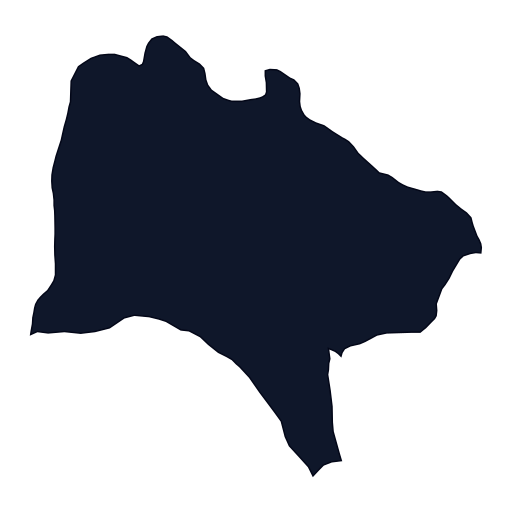 the district of Tsholingkhor, Chirang, Bhutan
{"feature_id": "84629894B5121542425285", "entity_name": "Tsholingkhor", "entity_type": "district", "adm_level": 2, "iso_a3": "BTN", "parent_name": "Bhutan", "parent_adm1": "Chirang", "projection": "mercator", "projection_center": [90.093, 27.012], "detail": "fine", "context": "isolated", "style": "filled", "palette": "ink", "viewbox_px": 512, "rotation_deg": 0, "n_neighbors": 0, "source": "geoboundaries", "source_scale": "gbopen_adm2", "svg_char_len": 2564}
<svg xmlns="http://www.w3.org/2000/svg" viewBox="0 0 512 512"><path d="M265.3,70.8L265.3,76.0L266.4,82.6L266.6,92.0L265.6,94.9L262.7,96.9L259.9,98.0L255.4,99.1L251.2,99.6L241.9,101.3L231.7,101.3L228.4,100.4L223.0,98.5L211.3,90.2L207.6,85.1L205.8,79.9L204.9,73.5L203.6,68.3L199.5,64.1L193.8,60.6L190.1,57.8L185.5,51.6L174.4,42.7L172.0,40.6L167.0,37.0L163.2,36.1L160.2,36.4L156.9,36.8L151.9,39.0L148.6,43.2L146.9,46.5L145.1,53.0L143.6,61.6L142.4,64.4L139.1,66.0L133.4,62.0L130.8,60.1L126.9,57.7L114.5,54.4L108.6,54.4L100.0,55.2L91.1,58.4L83.5,63.2L78.5,66.7L71.2,81.0L70.5,101.9L69.1,106.8L67.9,113.3L66.4,119.5L64.3,126.8L62.9,133.0L61.3,140.3L58.2,149.8L56.1,156.3L54.9,161.2L53.2,167.7L52.0,174.9L51.8,181.0L52.2,187.8L53.4,193.4L54.1,199.9L54.1,205.5L54.7,210.6L54.9,215.8L55.1,228.3L55.1,234.1L54.9,239.1L54.7,246.4L54.9,255.1L55.5,263.8L55.5,270.4L55.5,275.0L53.9,280.8L51.4,285.0L47.7,290.6L43.6,294.1L40.5,297.2L38.0,300.1L35.7,304.3L34.7,308.0L33.9,312.8L32.9,317.6L32.5,324.0L31.2,331.1L30.7,334.5L37.3,331.5L48.1,332.9L64.4,331.5L80.7,333.2L94.9,331.5L109.5,327.8L124.1,317.9L134.3,315.2L149.2,316.6L159.0,319.0L166.1,321.3L173.5,325.6L180.9,329.9L189.1,330.8L200.4,336.7L208.4,344.3L218.4,352.3L226.8,356.5L232.2,359.6L236.4,363.9L239.7,366.7L249.5,377.3L260.0,392.4L269.9,405.6L274.8,412.2L281.3,421.2L285.3,436.7L287.0,440.4L289.4,445.8L300.3,457.7L308.5,466.8L313.0,475.9L318.0,470.5L323.4,465.0L331.6,461.8L341.3,460.6L339.3,453.9L336.8,444.9L333.1,431.6L332.3,422.3L332.0,406.5L330.1,390.7L327.6,374.6L328.4,369.8L328.7,363.4L329.8,358.8L328.4,348.4L332.1,349.9L335.3,351.3L338.4,353.6L341.0,356.2L342.0,352.6L344.5,348.7L350.4,345.8L359.7,343.7L365.0,341.4L376.9,335.0L386.6,332.9L412.0,332.1L420.2,332.1L422.7,330.0L425.6,327.7L431.1,322.0L434.5,318.6L436.1,315.8L436.7,310.6L436.2,303.8L437.8,299.5L441.8,288.7L444.9,284.7L449.0,278.3L452.6,270.9L459.7,259.1L463.2,255.8L470.5,253.4L475.8,252.5L480.8,252.9L481.3,247.6L480.7,243.8L479.0,239.8L476.9,236.1L473.1,226.0L472.1,222.6L470.9,217.8L466.5,213.0L460.8,208.9L455.7,204.7L449.1,198.1L446.8,196.0L444.4,194.2L441.4,192.0L437.4,191.4L430.6,192.1L425.7,192.1L420.9,191.0L407.4,187.1L402.6,184.9L398.4,182.5L392.3,177.7L388.0,175.1L379.1,172.9L376.2,170.0L362.8,157.9L358.0,153.3L353.5,146.9L348.6,141.7L344.9,139.3L342.1,137.9L332.1,131.6L324.1,125.9L315.6,122.9L309.5,119.8L306.0,117.2L304.0,115.0L301.4,110.4L300.1,106.5L299.5,101.6L299.9,93.7L299.2,88.3L297.7,83.9L293.8,79.9L289.9,78.2L280.3,71.6L276.8,69.9L269.9,69.5L265.3,70.8Z" fill="#0f172a" stroke="#020617" stroke-width="1.5"/></svg>